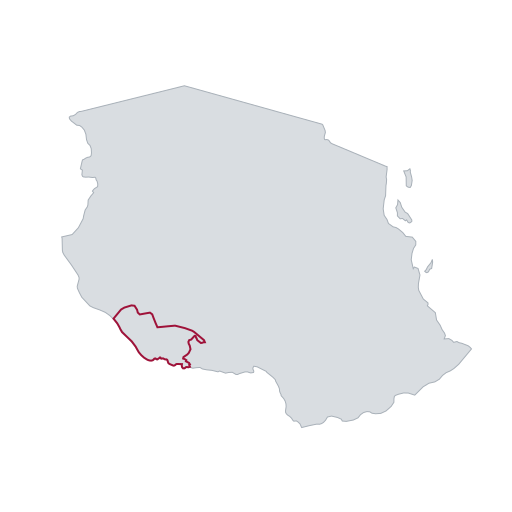 Rukwa on a map of United Republic of Tanzania (orthographic projection), rotated 346°
{"feature_id": "TZA-3336", "entity_name": "Rukwa", "entity_type": "Region", "adm_level": 1, "iso_a3": "TZA", "parent_name": "United Republic of Tanzania", "parent_adm1": "", "projection": "orthographic", "projection_center": [31.645, -7.987], "detail": "fine", "context": "in_parent", "style": "outline", "palette": "rose", "viewbox_px": 512, "rotation_deg": 346, "n_neighbors": 0, "source": "natural_earth", "source_scale": "10m", "svg_char_len": 5233}
<svg xmlns="http://www.w3.org/2000/svg" viewBox="0 0 512 512"><g transform="rotate(346 256 256)"><path d="M191.1,359.2L185.6,356.3L180.6,354.5L176.6,352.6L174.7,350.6L170.9,349.9L167.6,349.6L164.5,347.8L158.2,347.1L157.5,345.9L157.4,343.3L156.3,342.6L154.1,342.0L151.6,342.0L150.1,342.4L149.2,342.2L147.1,340.6L145.2,338.7L144.5,335.5L141.6,333.5L138.3,331.9L129.1,332.1L127.6,331.6L125.4,330.0L122.8,327.4L120.8,324.4L118.9,320.3L117.0,314.8L106.4,292.9L105.3,288.7L103.2,284.1L99.8,278.5L96.2,274.3L91.3,270.5L85.7,266.8L82.7,264.2L77.0,253.9L75.8,249.1L74.9,244.1L75.2,242.1L78.8,235.6L79.1,233.8L78.7,231.3L76.9,226.2L74.7,220.0L70.1,208.7L69.4,205.8L69.5,203.7L72.1,192.1L72.1,190.5L82.8,190.7L90.5,185.6L97.3,178.0L98.7,174.9L101.4,170.0L104.1,167.6L105.2,165.9L106.7,161.1L110.3,157.8L113.8,155.3L113.0,153.5L113.6,152.9L115.5,151.6L119.1,150.4L119.9,147.9L119.9,145.0L119.3,143.4L119.4,141.6L118.8,140.6L116.4,140.3L112.8,138.9L109.8,138.3L107.7,137.5L107.0,136.8L106.7,135.1L108.3,130.7L106.7,128.9L110.4,121.6L111.1,120.7L112.4,120.6L114.6,119.8L116.6,119.5L118.2,119.7L119.4,119.4L120.4,118.6L121.3,116.1L122.1,112.0L121.7,108.6L120.1,106.0L119.7,102.1L120.4,96.8L119.9,92.3L118.2,88.8L116.4,86.7L113.7,85.7L109.5,80.4L108.2,77.7L108.4,76.1L109.9,75.4L112.6,75.7L115.1,75.0L117.5,73.5L119.7,73.1L121.0,73.4L227.7,73.5L352.0,144.1L352.5,144.9L353.4,150.9L353.2,152.9L351.3,156.3L350.7,158.1L350.7,159.4L351.2,159.9L352.8,160.1L354.2,160.9L354.7,161.6L355.7,164.2L357.0,165.5L403.7,200.4L404.8,200.9L404.1,203.8L401.4,210.7L401.2,213.5L400.1,216.9L399.1,219.2L396.3,228.9L394.0,232.5L390.8,241.0L390.2,247.6L391.9,252.2L392.4,256.5L396.0,260.8L398.8,262.3L400.8,264.3L404.1,268.8L406.1,273.2L412.2,275.5L414.6,280.5L413.7,283.9L410.7,286.7L408.0,291.2L405.7,297.2L405.5,306.4L407.0,305.0L410.2,307.3L410.5,314.1L407.0,321.9L405.9,325.6L405.6,328.7L407.9,338.2L411.5,343.1L411.2,344.6L410.2,345.8L416.3,354.4L415.7,361.8L417.9,367.6L418.8,372.6L420.3,376.5L420.5,379.1L418.5,382.0L423.1,382.8L425.7,385.3L426.9,387.6L430.3,387.6L432.0,389.2L434.6,390.5L440.2,394.5L441.7,396.5L442.6,398.3L426.5,410.1L420.7,413.1L416.6,414.5L412.3,415.2L408.1,417.0L404.1,419.9L399.1,421.4L393.0,421.3L386.6,423.3L376.4,429.4L370.6,425.8L366.0,424.6L360.7,424.6L357.5,425.0L356.3,425.7L355.3,427.9L354.4,431.3L350.8,434.6L344.7,437.8L339.0,438.9L333.9,438.0L330.5,436.6L328.7,434.7L326.0,433.8L322.5,433.9L319.1,435.2L315.8,437.7L310.7,438.7L303.6,438.3L299.8,437.0L299.3,435.0L296.2,432.5L290.6,429.6L286.4,429.5L283.7,432.2L281.2,433.8L279.0,434.5L277.0,434.6L274.1,433.8L266.3,433.5L258.8,433.5L258.1,429.6L256.6,427.2L255.3,425.8L252.7,425.4L252.0,424.3L251.2,421.9L249.9,419.8L248.3,418.1L247.3,416.5L246.9,415.0L247.2,413.4L248.8,409.4L249.3,406.7L249.2,403.9L248.4,401.0L246.6,397.6L246.8,396.6L246.3,394.3L246.2,392.6L246.6,390.6L246.3,387.9L244.8,382.2L244.8,380.7L243.2,377.9L238.3,371.4L238.1,370.5L230.3,363.8L227.2,362.4L226.1,363.6L225.6,364.8L226.0,366.9L225.8,367.9L225.4,368.4L223.6,368.3L222.4,368.1L219.5,366.3L217.2,365.8L211.5,366.1L209.5,366.5L207.9,366.1L204.9,363.1L201.3,362.4L198.1,362.3L192.9,358.8L191.1,359.2ZM413.4,251.5L415.9,258.8L415.5,260.2L413.7,261.0L412.7,261.0L411.6,259.9L410.9,257.4L409.5,258.0L407.2,255.0L404.9,254.8L402.9,251.3L403.7,248.2L403.3,243.1L405.8,240.4L407.3,236.0L408.9,239.1L409.2,243.9L411.3,249.5L413.4,251.5ZM426.4,208.6L426.5,210.3L426.0,211.9L426.1,217.1L425.8,220.5L423.8,225.2L422.2,226.8L420.8,226.3L419.7,225.5L418.8,224.2L420.8,215.6L419.9,209.2L423.5,209.9L426.4,208.6ZM419.5,313.1L417.7,313.5L417.0,313.1L416.0,311.6L417.9,310.4L419.8,308.1L424.2,304.8L426.3,302.0L425.9,304.7L423.4,310.6L421.3,310.9L419.5,313.1Z" fill="#d9dde1" stroke="#a8b0b8" stroke-width="1"/><path d="M118.1,317.9L117.3,314.8L114.8,308.8L107.6,297.5L106.7,294.3L106.3,292.1L105.1,287.8L102.6,282.3L112.1,275.3L115.8,274.2L123.2,273.8L126.1,274.9L127.6,279.4L127.6,282.3L129.1,284.6L133.9,284.9L139.4,285.3L141.2,287.5L141.6,291.2L142.3,296.4L143.1,301.3L147.5,302.0L153.0,302.8L160.6,304.0L169.6,308.8L175.9,313.0L177.5,314.6L185.2,325.1L185.5,327.3L184.2,327.0L182.9,327.2L181.5,327.1L178.7,323.5L178.5,322.5L178.5,321.5L178.0,320.7L178.1,319.6L178.0,319.0L177.1,318.6L172.9,321.4L170.8,321.5L169.6,323.0L169.5,324.9L170.0,326.8L169.9,330.6L167.3,333.8L165.4,335.0L161.2,336.5L160.5,337.9L162.0,338.9L163.2,340.2L162.5,341.2L163.1,341.8L163.9,342.4L165.2,343.6L165.6,345.0L165.1,345.0L164.8,345.4L165.1,347.5L164.7,347.5L164.4,347.5L163.7,347.6L163.4,347.6L163.1,347.5L162.1,347.0L161.2,346.9L160.7,347.1L160.2,347.4L159.5,347.7L158.1,347.4L157.4,346.1L157.4,344.4L158.0,343.0L153.0,341.6L152.2,341.7L151.1,342.3L150.4,342.5L149.7,342.5L149.2,342.3L145.9,339.8L145.1,338.8L144.9,337.3L144.9,336.0L144.7,335.2L144.0,334.6L142.7,334.3L142.2,333.9L141.4,333.1L140.9,332.8L140.4,332.8L139.9,332.8L139.5,332.8L139.0,332.5L138.9,332.2L138.8,331.6L138.7,331.4L138.4,331.2L138.3,331.3L138.2,331.4L138.0,331.5L137.6,331.6L135.8,332.2L135.6,332.4L135.3,332.5L134.9,332.4L134.5,332.1L133.9,331.3L133.5,331.0L132.6,331.0L131.9,331.4L131.2,331.9L130.5,332.2L129.1,332.2L127.6,331.7L126.2,330.9L125.1,330.0L122.8,327.6L120.7,324.5L119.0,321.1L118.1,317.9Z" fill="none" stroke="#9f1239" stroke-width="2"/></g></svg>